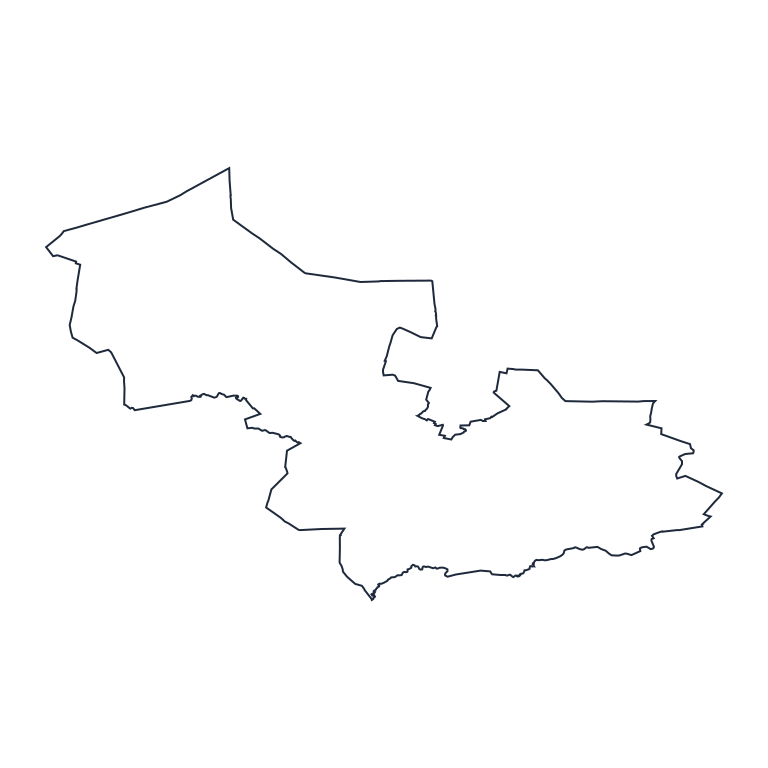 Preiļu pag., Preilu, Latvia
{"feature_id": "27541924B82337484092202", "entity_name": "Preiļu pag.", "entity_type": "district", "adm_level": 2, "iso_a3": "LVA", "parent_name": "Latvia", "parent_adm1": "Preilu", "projection": "equal_earth", "projection_center": [26.708, 56.291], "detail": "fine", "context": "isolated", "style": "outline", "palette": "slate", "viewbox_px": 768, "rotation_deg": 0, "n_neighbors": 0, "source": "geoboundaries", "source_scale": "gbopen_adm2", "svg_char_len": 6089}
<svg xmlns="http://www.w3.org/2000/svg" viewBox="0 0 768 768"><path d="M53.1,256.2L57.2,255.3L58.2,255.5L76.1,261.6L75.8,263.3L80.2,264.7L77.6,280.2L76.4,288.9L76.7,289.1L76.4,292.5L75.2,300.9L73.5,306.2L71.4,317.8L69.7,324.9L70.8,331.3L72.6,337.7L77.1,340.1L89.4,347.7L96.6,353.0L108.3,349.8L111.2,352.4L124.1,377.4L124.0,380.8L124.5,388.1L124.2,404.6L125.1,404.8L126.6,405.7L130.2,408.6L131.9,407.8L133.1,408.1L134.7,410.2L189.9,400.9L191.3,400.1L191.8,398.4L191.3,397.0L192.8,395.2L193.7,396.2L194.9,395.6L195.9,395.7L197.9,396.8L200.1,396.9L200.7,396.6L200.2,395.7L203.0,394.1L204.1,393.9L206.5,395.2L207.9,395.2L214.1,397.6L215.6,397.3L216.9,396.6L218.6,393.5L219.1,393.1L220.0,393.0L221.4,393.9L224.2,394.8L226.1,396.9L226.7,397.1L233.6,395.6L237.3,395.7L238.1,396.2L238.1,397.0L237.4,397.4L236.2,397.5L235.9,397.8L236.0,398.2L236.8,399.0L240.1,401.0L241.1,400.6L243.2,397.7L244.1,397.9L244.5,398.6L246.2,398.8L246.1,400.2L252.9,408.4L254.2,408.3L260.3,413.9L245.0,419.4L247.4,428.3L252.6,427.8L254.1,428.5L258.3,428.5L262.1,430.8L264.8,430.1L265.8,430.3L269.4,433.0L272.7,432.8L278.6,434.3L280.0,435.5L280.2,436.0L279.9,436.5L280.1,436.8L282.0,437.5L284.1,437.2L284.9,436.6L287.0,436.0L289.1,436.8L290.6,436.9L292.0,438.8L293.8,440.6L294.6,440.9L295.2,440.5L297.0,442.2L297.5,442.4L298.8,442.2L300.4,443.2L287.0,450.7L285.2,466.9L285.4,466.9L287.1,471.5L287.5,473.4L271.4,489.4L268.3,500.8L267.6,502.2L266.1,507.5L280.8,517.8L284.8,521.5L288.6,523.4L298.5,529.8L299.8,530.1L321.9,529.0L344.4,528.6L340.1,535.0L340.6,535.3L340.0,535.9L339.8,537.3L339.9,547.1L339.6,562.7L341.5,565.8L342.6,569.0L343.0,571.7L347.0,576.7L355.2,583.9L361.9,585.8L364.4,589.2L364.5,589.9L371.6,599.0L371.8,599.9L373.1,599.1L373.1,598.4L374.6,597.2L374.9,596.6L373.7,596.0L374.3,595.4L374.2,595.0L373.4,594.7L373.1,595.1L373.1,595.6L372.6,595.7L372.2,595.5L372.2,594.9L371.5,594.3L371.9,593.9L374.5,592.8L375.0,592.0L373.7,591.4L373.7,591.1L376.0,589.5L376.4,588.5L377.2,587.9L377.4,587.3L379.1,586.4L379.3,585.8L378.2,584.6L378.4,584.3L379.5,583.7L381.4,583.8L384.4,582.5L387.5,580.7L387.9,579.7L390.4,578.3L391.1,577.4L394.9,577.1L397.6,575.2L398.8,575.4L401.5,575.1L401.9,574.7L402.5,573.2L403.4,572.2L404.6,571.9L405.7,572.2L407.0,572.0L407.5,571.6L407.6,569.4L409.1,569.0L411.1,567.9L411.3,567.7L411.3,566.3L412.9,564.8L414.5,565.3L415.3,566.5L416.6,566.3L417.7,566.4L418.4,567.1L419.4,569.1L420.4,569.6L422.2,569.4L422.7,567.0L423.4,566.5L424.0,566.4L425.8,567.0L428.1,566.6L433.0,568.2L435.5,567.5L436.6,568.6L438.0,568.5L439.4,567.8L441.5,567.6L443.4,567.7L445.3,568.3L447.4,569.3L447.5,571.2L445.6,573.0L445.0,574.2L445.0,575.0L445.4,575.6L447.6,576.7L455.9,574.5L480.6,570.6L490.2,571.4L491.7,573.9L492.2,574.3L500.5,575.0L505.2,575.0L507.0,575.6L509.7,574.7L510.3,574.8L512.5,576.7L513.4,577.1L515.4,575.6L516.8,575.6L517.0,576.3L517.5,576.5L519.2,576.2L519.8,575.6L519.3,575.2L520.5,574.6L520.7,574.1L520.6,573.9L523.2,573.4L524.2,571.6L524.5,570.3L526.2,570.2L529.5,569.0L529.8,567.0L530.2,566.2L531.0,566.1L532.4,566.6L533.3,566.2L534.0,566.3L533.7,565.8L533.7,564.8L532.9,564.3L533.6,563.7L533.1,563.2L533.7,562.8L534.9,560.9L536.3,559.9L538.5,560.2L542.5,559.8L544.7,560.3L547.1,560.1L550.7,559.1L553.2,559.0L554.4,558.5L555.4,558.4L560.2,556.3L562.6,554.6L563.7,553.3L564.3,550.8L565.1,550.0L566.6,549.4L573.7,548.1L574.8,547.3L576.8,547.7L577.3,548.1L580.3,549.3L582.8,549.7L584.6,548.9L585.5,548.0L586.9,547.2L588.6,547.8L597.5,546.9L601.3,549.1L605.7,550.7L609.1,553.7L611.6,555.3L617.0,555.6L619.6,555.4L625.1,553.5L627.3,553.8L631.4,555.1L640.3,551.1L639.9,548.8L640.0,548.3L641.2,547.6L643.1,547.1L646.6,546.7L650.7,549.1L651.4,549.0L653.2,548.4L653.9,547.2L653.9,546.6L651.6,541.2L651.4,540.2L651.7,539.0L653.7,538.3L652.0,535.8L653.7,534.3L659.9,532.0L662.4,531.4L662.5,531.7L677.9,530.0L678.8,530.2L702.4,526.4L701.8,524.6L703.0,523.9L702.8,523.6L710.6,516.5L707.9,515.8L703.8,514.2L715.0,501.5L718.9,497.5L721.9,493.4L706.0,486.0L698.2,481.8L685.4,475.9L677.2,478.5L676.3,476.2L676.1,474.2L682.0,464.2L682.0,461.2L679.5,458.1L679.1,457.0L679.8,456.4L685.2,454.0L693.0,453.3L693.5,452.1L693.7,450.3L691.0,448.3L690.0,444.1L681.0,441.2L661.2,434.1L661.5,428.3L646.5,424.6L648.9,423.4L650.1,422.4L650.4,419.8L650.2,416.1L651.0,413.3L651.8,408.4L653.0,403.4L655.2,401.0L643.4,401.1L638.1,401.6L602.5,401.2L592.1,401.7L565.4,401.1L561.9,398.0L558.6,393.3L550.8,384.1L547.3,380.5L544.7,378.2L537.9,370.3L521.6,369.6L515.7,369.6L513.5,369.1L507.6,368.6L506.5,373.3L499.7,371.9L496.4,390.7L494.5,391.3L493.9,391.8L493.7,392.6L509.3,406.1L506.1,409.1L506.2,409.4L497.6,413.3L492.0,417.1L491.4,416.7L490.1,418.2L485.0,419.3L485.6,421.0L482.8,421.0L480.9,419.9L475.1,420.9L470.6,421.7L469.3,425.3L460.5,425.5L460.3,427.6L460.6,428.1L462.7,428.3L463.5,428.7L463.6,429.1L465.1,429.2L466.0,430.3L465.6,431.1L464.6,431.4L463.9,431.9L463.6,432.5L460.4,434.1L455.2,434.7L452.8,437.0L451.3,439.5L443.8,438.0L444.9,435.8L439.2,434.8L443.0,425.5L442.8,424.8L437.7,426.1L435.0,425.2L435.7,424.0L434.0,423.1L434.9,421.8L428.1,419.0L426.8,420.4L425.2,419.3L421.9,418.2L417.6,415.9L418.4,415.7L418.5,415.2L419.3,414.9L419.8,414.1L421.1,413.6L423.3,411.3L425.1,410.9L425.4,410.1L426.9,408.8L427.6,407.5L428.0,406.6L427.9,404.5L428.9,403.0L426.2,399.6L428.3,391.7L429.6,390.0L430.6,387.9L413.9,383.2L398.1,380.9L395.2,375.7L392.8,374.7L383.7,375.4L383.1,372.5L383.0,369.8L385.9,361.2L384.7,360.9L386.7,356.4L389.3,346.2L390.2,343.8L392.6,335.3L396.8,329.0L399.8,327.6L402.4,328.5L410.9,332.3L420.7,337.1L431.7,338.4L436.5,326.9L437.2,326.3L436.2,319.2L436.1,316.0L435.8,315.7L436.1,315.3L435.8,312.1L435.2,311.4L435.6,309.6L434.5,304.0L432.3,281.2L431.0,280.6L399.8,280.8L380.0,281.1L379.3,281.4L360.5,282.0L335.0,277.5L305.6,273.3L304.4,272.7L291.2,262.5L281.1,254.0L273.3,248.9L259.4,238.2L252.4,233.6L233.2,219.7L231.1,208.1L230.8,199.3L230.4,195.9L230.6,195.2L230.8,195.1L230.6,194.0L229.6,181.0L229.2,168.1L186.6,191.3L180.3,195.2L166.8,201.7L144.3,207.7L126.5,213.1L86.1,224.8L77.1,227.5L63.8,231.1L61.9,233.7L59.7,236.1L46.1,247.1L53.1,256.2Z" fill="none" stroke="#1e293b" stroke-width="2"/></svg>